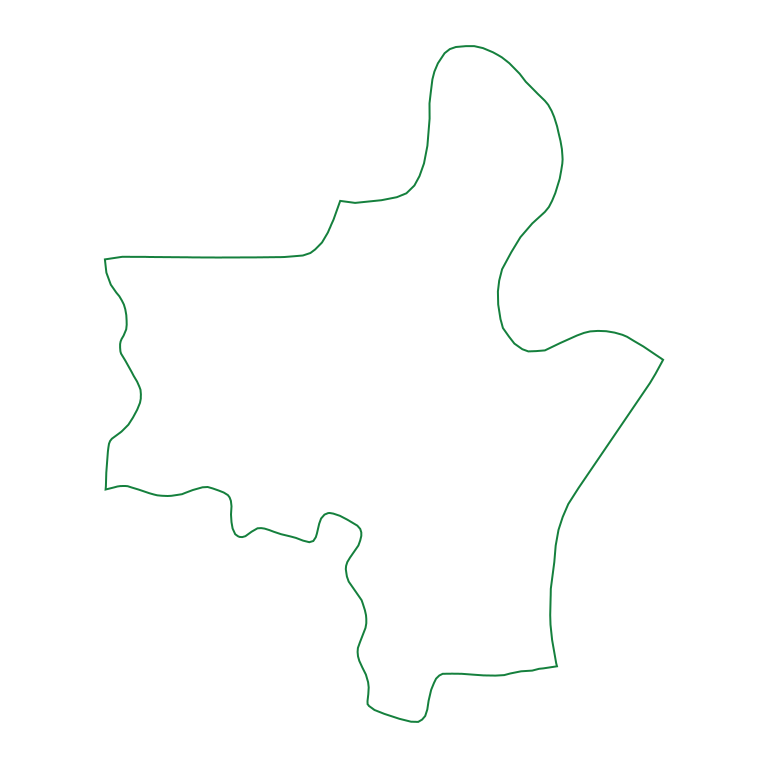 Quan 7, Hồ Chí Minh city, Vietnam
{"feature_id": "81297802B84259990428862", "entity_name": "Quan 7", "entity_type": "district", "adm_level": 2, "iso_a3": "VNM", "parent_name": "Vietnam", "parent_adm1": "Hồ Chí Minh city", "projection": "natural_earth1", "projection_center": [106.723, 10.738], "detail": "fine", "context": "isolated", "style": "outline", "palette": "green", "viewbox_px": 768, "rotation_deg": 0, "n_neighbors": 0, "source": "geoboundaries", "source_scale": "gbopen_adm2", "svg_char_len": 3613}
<svg xmlns="http://www.w3.org/2000/svg" viewBox="0 0 768 768"><path d="M105.6,489.5L111.3,488.1L114.1,487.4L117.4,486.5L120.2,486.1L123.0,486.0L123.5,486.0L124.0,486.0L125.3,486.0L127.7,486.2L131.7,487.5L138.7,489.6L149.3,493.2L153.9,494.5L157.2,495.3L161.2,495.7L162.7,495.8L167.6,496.0L171.4,495.8L177.5,494.9L182.0,494.2L185.2,492.9L192.9,490.0L202.5,487.3L207.7,487.0L212.6,488.4L218.6,490.5L223.7,492.5L227.9,495.1L229.6,497.4L230.9,500.9L231.5,506.3L231.0,514.5L231.5,522.2L232.6,528.5L235.2,534.2L237.9,536.2L239.5,536.9L242.2,537.1L245.4,536.2L251.6,531.7L257.5,528.3L261.2,528.1L264.6,528.6L269.4,530.1L273.9,531.8L281.1,534.2L290.7,536.5L295.9,537.9L303.0,540.6L309.3,542.2L313.3,541.0L315.8,537.2L316.9,533.6L319.2,523.7L321.1,518.5L324.5,514.6L328.1,513.1L329.8,513.0L333.3,513.6L339.9,515.8L347.2,519.6L357.3,525.6L360.2,528.9L361.3,532.4L361.3,535.9L360.2,540.5L358.4,545.5L350.0,557.6L347.3,562.1L346.1,565.9L345.8,569.1L346.3,572.6L346.9,576.5L348.7,581.6L354.9,590.5L359.9,597.7L361.6,600.2L362.7,603.3L364.9,610.2L366.0,615.2L366.3,618.9L366.3,623.3L365.5,627.9L359.9,642.4L357.9,648.0L357.6,652.0L358.0,656.3L359.3,660.9L362.3,667.4L365.9,674.6L368.1,682.2L368.7,687.4L368.3,694.2L367.5,701.2L367.6,704.2L368.4,705.1L368.9,705.9L374.5,710.0L384.4,713.9L399.4,718.8L411.0,721.7L418.2,721.9L422.1,719.6L425.2,716.0L427.3,709.5L428.6,700.8L431.1,690.1L431.5,689.0L434.0,682.9L436.1,678.6L439.3,675.5L442.7,673.8L451.1,673.7L453.3,673.7L461.6,673.8L472.4,674.6L483.6,675.4L495.6,675.6L504.2,675.1L510.2,673.5L521.1,671.3L532.2,670.6L539.1,668.8L543.2,668.4L557.0,666.3L556.2,663.3L552.1,639.9L550.5,624.7L550.2,615.1L550.6,598.2L550.7,595.1L550.7,594.8L550.8,588.8L554.3,562.1L555.7,545.5L558.5,529.9L562.7,517.0L568.3,504.0L578.6,487.9L650.0,383.0L655.5,373.8L662.9,360.2L663.1,359.8L643.4,346.5L634.0,341.0L627.1,336.8L622.4,334.8L614.6,332.6L606.2,331.2L598.0,330.9L590.2,331.4L584.0,332.9L577.0,335.5L560.3,343.0L544.9,350.4L536.2,351.1L528.3,351.4L522.3,349.2L514.4,343.6L508.9,336.5L502.9,328.0L501.3,322.0L501.1,321.3L500.5,319.2L498.2,304.5L497.9,291.5L499.2,280.6L502.1,269.2L511.3,252.2L520.4,237.2L532.3,223.4L544.9,211.9L548.9,207.0L552.1,200.8L555.3,193.1L559.7,178.8L561.2,170.6L562.3,163.7L562.6,159.5L562.4,155.7L561.9,149.1L560.5,141.0L558.4,132.2L557.1,126.4L554.2,117.1L551.6,110.9L548.2,104.8L544.9,100.8L537.6,93.7L531.1,87.1L525.8,81.8L519.6,73.7L509.3,63.2L501.8,57.3L497.9,55.0L493.0,52.3L483.0,48.1L474.1,46.1L466.3,46.1L455.9,47.0L449.8,49.1L444.6,53.2L437.9,63.3L434.4,71.6L432.4,79.4L430.7,93.0L429.5,103.4L429.6,118.7L427.4,145.8L424.0,163.4L419.5,176.1L414.4,185.5L406.4,193.3L396.8,197.2L381.5,200.2L355.1,202.9L340.2,200.9L333.5,219.7L331.1,225.0L330.1,227.5L329.6,228.5L327.9,232.5L322.0,242.5L315.1,249.5L310.4,253.0L302.9,255.5L299.3,255.8L294.6,256.2L284.6,257.0L281.4,257.1L281.1,257.1L280.7,257.1L254.0,257.4L253.2,257.4L249.5,257.4L222.0,257.5L215.5,257.5L214.7,257.5L193.0,257.4L188.3,257.3L149.8,257.0L146.1,256.9L145.5,256.9L122.3,256.8L104.9,259.4L106.1,270.2L106.4,272.7L108.6,278.7L110.8,284.7L116.3,292.6L119.3,296.2L121.9,300.6L123.9,304.6L125.3,309.4L126.3,315.1L126.6,320.4L126.7,324.8L126.2,329.4L123.6,335.6L121.6,339.0L120.6,341.5L120.1,344.1L120.1,347.6L120.4,351.2L120.6,352.1L121.1,353.7L125.3,360.6L131.5,371.7L133.7,375.9L137.1,381.6L139.4,386.8L140.5,389.8L140.9,394.4L140.8,396.6L140.8,397.8L140.8,398.6L140.0,402.8L137.2,409.7L133.0,417.5L128.4,424.7L121.5,431.6L116.4,435.4L111.9,438.7L110.1,441.0L109.0,443.8L108.4,447.5L107.9,451.5L106.4,471.3L106.3,472.4L105.9,486.2L105.6,489.5Z" fill="none" stroke="#15803d" stroke-width="2"/></svg>